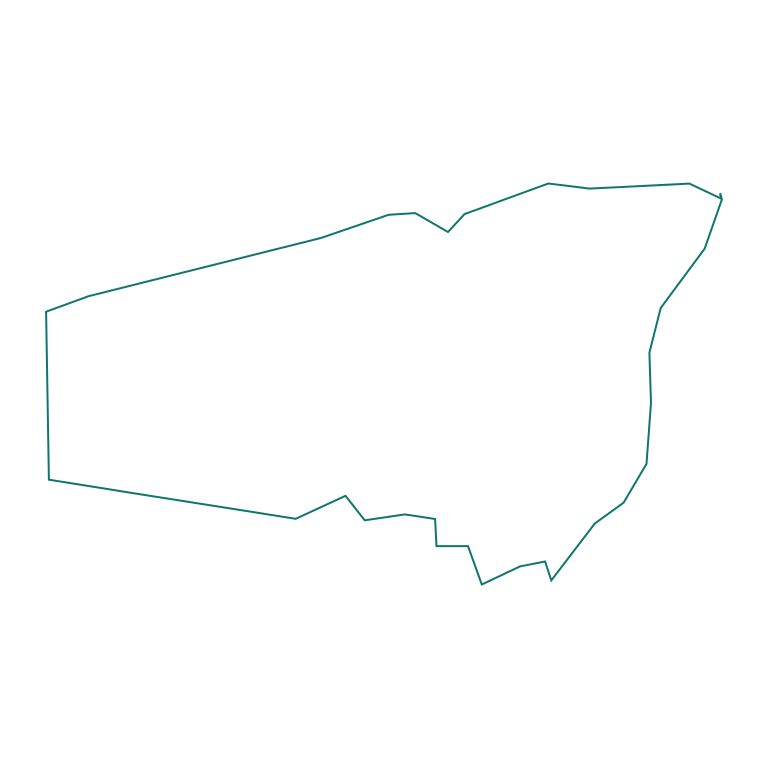 outline of Snyder, Pennsylvania, United States of America
{"feature_id": "52423323B53636040247578", "entity_name": "Snyder", "entity_type": "district", "adm_level": 2, "iso_a3": "USA", "parent_name": "United States of America", "parent_adm1": "Pennsylvania", "projection": "equal_earth", "projection_center": [-77.0, 40.762], "detail": "fine", "context": "isolated", "style": "outline", "palette": "teal", "viewbox_px": 768, "rotation_deg": 0, "n_neighbors": 0, "source": "geoboundaries", "source_scale": "gbopen_adm2", "svg_char_len": 532}
<svg xmlns="http://www.w3.org/2000/svg" viewBox="0 0 768 768"><path d="M551.3,580.4L594.8,523.5L623.6,502.7L646.5,463.9L651.0,402.8L649.4,352.7L660.7,308.0L704.7,248.6L721.9,199.4L720.1,193.1L720.9,198.5L689.4,183.6L589.6,188.6L548.3,183.5L464.5,214.1L448.0,232.0L415.2,213.1L388.5,214.8L321.2,237.9L88.5,296.2L46.1,311.7L48.9,479.7L129.0,492.5L295.7,518.8L345.5,495.8L364.7,520.3L404.9,514.4L435.1,519.0L436.5,546.1L468.0,546.1L481.8,584.5L520.0,566.4L545.1,561.5L551.3,580.4Z" fill="none" stroke="#0f766e" stroke-width="2"/></svg>